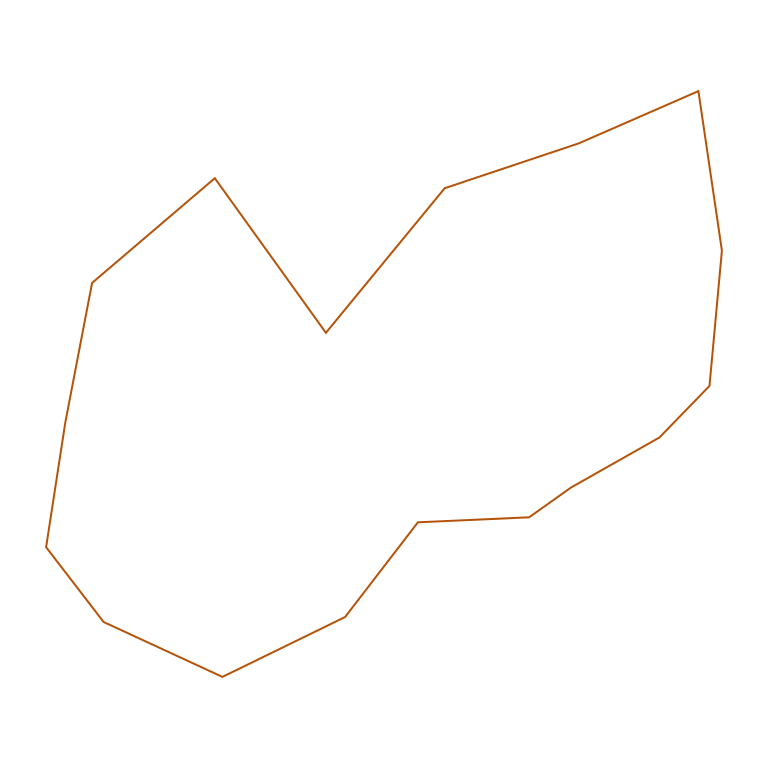 outline of Domagnano
{"feature_id": "SMR-4887", "entity_name": "Domagnano", "entity_type": "state/province", "adm_level": 1, "iso_a3": "SMR", "parent_name": "San Marino", "parent_adm1": "", "projection": "equal_earth", "projection_center": [12.471, 43.949], "detail": "fine", "context": "isolated", "style": "outline", "palette": "amber", "viewbox_px": 768, "rotation_deg": 0, "n_neighbors": 0, "source": "natural_earth", "source_scale": "10m", "svg_char_len": 338}
<svg xmlns="http://www.w3.org/2000/svg" viewBox="0 0 768 768"><path d="M698.4,91.1L721.9,250.6L709.5,385.9L659.4,437.5L571.2,487.4L529.1,517.3L417.9,522.3L345.1,617.0L222.4,676.9L103.6,622.0L46.1,547.2L65.3,422.5L92.1,282.9L214.8,178.2L325.9,332.8L444.7,188.2L578.9,143.3L698.4,91.1Z" fill="none" stroke="#b45309" stroke-width="2"/></svg>